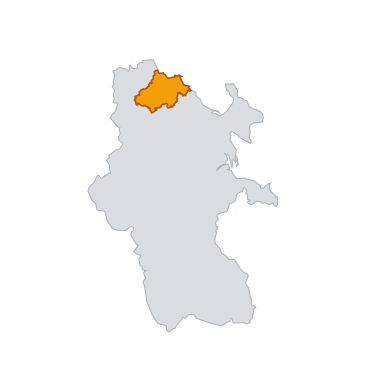 Ukraine, with Donets'k highlighted, rotated 247°
{"feature_id": "UKR-327", "entity_name": "Donets'k", "entity_type": "Region", "adm_level": 1, "iso_a3": "UKR", "parent_name": "Ukraine", "parent_adm1": "", "projection": "mercator", "projection_center": [37.457, 48.054], "detail": "fine", "context": "in_parent", "style": "filled", "palette": "amber", "viewbox_px": 384, "rotation_deg": 247, "n_neighbors": 0, "source": "natural_earth", "source_scale": "10m", "svg_char_len": 8858}
<svg xmlns="http://www.w3.org/2000/svg" viewBox="0 0 384 384"><g transform="rotate(247 192 192)"><path d="M253.9,257.9L257.7,263.7L260.8,266.6L262.4,266.8L266.8,264.7L269.6,265.4L272.1,263.5L278.6,264.9L276.6,268.5L275.7,272.3L267.4,273.7L264.3,271.5L261.0,271.6L259.2,274.3L256.0,276.1L254.9,278.2L249.0,278.1L245.1,280.0L242.1,284.1L238.8,286.7L236.2,287.5L232.2,286.5L228.9,283.8L231.5,275.8L230.6,271.6L228.0,269.5L224.7,269.4L220.4,265.9L215.6,266.4L213.9,264.7L224.0,256.8L226.2,256.5L232.3,252.3L231.2,248.9L228.6,249.8L225.0,247.1L213.4,249.2L206.4,245.1L203.2,244.6L202.3,243.6L205.7,242.7L206.0,241.2L201.3,240.3L198.8,238.3L211.6,240.2L215.0,236.9L211.5,238.1L207.9,237.4L206.6,236.3L205.0,233.0L204.9,228.4L203.3,224.3L202.0,223.0L204.5,229.7L203.8,236.1L198.4,235.8L198.9,233.2L196.4,236.6L192.1,236.7L186.7,238.4L184.5,245.0L177.5,254.1L171.2,257.2L169.0,256.7L168.1,257.4L167.7,260.2L168.8,261.6L169.7,266.0L169.4,267.9L167.2,265.4L164.6,264.3L161.7,264.7L156.5,267.2L154.7,266.8L154.8,268.1L154.4,268.5L149.4,267.2L147.3,265.9L145.6,263.6L147.2,262.5L150.2,262.1L150.1,258.7L153.9,254.5L154.0,252.5L157.3,250.0L158.3,247.0L157.1,242.8L157.5,240.6L161.1,239.0L161.4,242.4L162.2,242.1L163.0,240.4L167.9,241.9L169.4,240.8L171.5,243.0L175.3,242.4L176.1,241.4L172.8,238.7L173.1,234.4L172.1,232.0L167.2,228.8L166.3,225.0L166.7,221.7L164.3,220.3L160.3,216.5L161.5,209.8L161.3,207.3L160.1,205.3L156.9,205.6L154.6,201.6L150.7,200.9L149.6,202.3L149.0,201.0L147.7,201.0L147.8,199.4L146.9,198.8L143.7,198.3L142.9,196.8L139.4,194.5L135.1,193.1L132.8,194.6L131.7,194.1L130.0,195.6L123.9,195.2L120.3,198.3L115.3,199.6L114.9,201.8L113.1,204.6L101.9,206.6L97.3,208.7L95.7,210.5L92.9,211.2L87.9,206.1L86.4,205.7L81.5,206.7L73.4,204.7L69.3,204.7L65.0,202.4L63.6,204.3L60.8,205.7L60.5,203.8L59.1,201.9L56.1,201.3L55.1,199.6L52.4,198.4L50.9,194.8L49.0,194.8L49.1,190.9L51.6,188.1L55.4,178.7L60.2,179.5L60.3,178.5L58.1,176.3L58.5,173.3L57.2,167.3L58.1,165.7L63.4,158.5L74.1,146.6L78.2,145.8L80.1,142.8L80.2,140.6L78.3,136.4L80.4,134.9L80.2,134.2L78.4,132.5L76.5,127.8L73.3,123.1L73.6,121.0L72.4,117.8L72.4,115.5L75.4,114.8L77.9,116.1L80.7,114.1L84.4,108.9L95.6,107.3L109.3,107.7L122.8,111.4L128.6,111.9L131.1,115.8L135.9,115.7L137.3,116.5L137.5,118.9L140.0,115.9L142.4,116.8L145.2,115.5L151.8,117.2L152.6,119.4L153.9,120.0L155.8,117.3L159.8,115.0L163.7,121.3L166.9,120.0L176.6,118.9L179.0,120.9L179.4,122.8L182.7,124.3L184.1,122.0L182.5,115.8L183.3,113.5L186.1,108.2L189.6,104.3L199.1,102.7L207.8,104.2L210.3,102.5L211.6,98.4L212.8,97.5L218.7,98.9L224.1,96.6L233.4,96.5L236.4,99.0L239.4,106.0L244.0,111.1L243.7,112.8L239.6,113.7L239.5,114.6L240.8,116.9L241.3,121.8L242.0,122.4L241.0,124.5L245.4,125.0L249.0,126.6L254.6,125.9L256.1,129.5L258.5,129.9L258.5,132.3L260.5,137.9L259.8,140.8L260.1,142.6L262.9,146.8L264.2,147.4L267.7,145.1L271.3,145.9L274.3,149.0L277.4,149.0L279.3,150.8L281.5,148.8L292.1,145.8L294.6,148.8L294.9,150.7L296.5,153.3L302.0,158.0L303.6,157.5L304.0,155.4L305.3,154.7L308.4,156.9L311.5,157.2L315.8,160.3L319.9,159.6L321.9,162.4L324.5,162.7L329.5,166.5L334.3,166.4L333.9,170.0L335.0,171.5L334.8,174.4L331.3,178.9L328.0,180.3L329.1,182.5L332.8,184.1L333.1,184.8L329.7,185.1L328.3,186.8L327.4,190.3L330.4,191.5L331.3,195.9L330.6,197.3L332.4,198.1L328.8,208.1L314.3,208.3L311.4,212.4L307.1,213.7L305.8,214.9L304.4,220.5L305.7,221.5L304.4,223.9L304.6,225.9L294.0,226.3L290.7,229.9L286.1,230.9L282.1,234.6L280.4,233.5L278.3,233.5L273.9,235.9L269.8,235.7L266.7,236.7L259.9,242.3L256.8,247.2L253.8,248.7L258.0,244.7L258.2,242.6L257.2,241.0L254.6,245.0L251.1,246.7L251.3,251.4L253.9,257.9ZM208.2,247.5L198.9,245.2L198.0,242.5L200.1,244.8L208.2,247.5Z" fill="#d9dde1" stroke="#a8b0b8" stroke-width="1"/><path d="M317.7,207.9L315.2,207.8L314.4,208.1L313.9,208.7L313.5,209.7L313.2,210.7L313.1,211.7L312.9,212.1L312.6,212.1L312.0,211.9L311.8,212.0L311.5,212.2L310.9,212.9L310.6,213.1L310.2,213.3L306.8,213.8L306.3,214.1L305.9,214.8L305.6,215.6L305.4,216.5L305.4,218.1L305.3,218.8L304.9,219.5L304.5,220.2L304.3,220.6L304.2,221.0L304.4,221.2L304.7,221.2L305.3,221.2L305.6,221.2L305.9,221.3L306.0,221.5L306.0,222.0L305.8,222.4L304.8,223.0L304.5,223.5L304.4,224.2L304.4,224.9L304.7,225.6L304.3,225.9L303.5,227.1L302.9,227.4L303.3,226.6L303.3,226.3L302.9,226.1L302.4,225.7L301.6,226.1L301.0,225.9L300.6,225.8L300.4,225.9L299.0,225.6L297.3,226.2L296.6,226.3L294.6,225.9L294.0,226.1L293.0,227.2L291.3,229.5L290.9,230.4L290.7,230.7L290.3,230.9L290.4,230.3L290.0,229.9L289.5,229.6L288.9,229.5L288.6,229.5L287.9,230.1L285.9,230.9L285.5,230.0L285.5,229.8L285.5,229.7L286.2,228.9L286.4,228.9L286.8,229.0L287.1,228.8L287.2,228.7L286.8,228.0L287.0,227.7L287.2,227.4L286.5,226.7L286.3,226.7L286.2,226.9L286.1,227.0L285.5,226.5L285.4,226.2L285.2,225.5L285.1,225.3L284.7,224.7L284.4,224.5L283.6,224.1L283.2,223.7L283.2,223.4L284.1,223.3L284.2,223.2L284.4,223.1L284.3,222.2L284.0,221.4L283.9,221.1L284.0,221.0L284.3,220.9L284.5,221.0L284.8,221.0L285.0,221.2L285.2,221.3L285.5,221.3L285.8,221.3L286.4,221.1L286.5,221.0L286.5,220.8L286.5,220.5L286.6,220.4L286.8,220.0L286.9,219.5L287.0,219.4L287.3,219.3L287.6,219.4L287.7,219.5L287.9,219.9L288.2,219.7L288.3,219.7L288.2,219.2L288.3,218.9L288.5,218.4L288.5,218.1L288.8,217.5L288.8,217.3L288.7,217.2L288.4,217.2L287.7,217.1L287.5,217.4L287.5,217.5L287.4,217.4L286.9,216.8L285.7,215.7L285.3,215.2L285.1,215.1L284.4,214.6L284.2,214.6L283.6,215.1L283.2,214.7L282.6,214.0L282.1,213.7L281.6,213.9L281.4,213.9L281.3,213.7L281.4,213.2L281.0,213.0L280.9,212.8L280.9,212.6L281.0,212.4L281.3,212.3L281.3,212.2L280.8,212.0L280.6,211.8L280.4,211.2L279.9,210.2L279.8,209.6L279.7,209.5L279.1,209.5L278.7,209.4L278.6,209.1L278.6,208.2L278.5,207.6L278.3,207.5L278.0,207.3L277.9,207.1L277.9,206.8L277.9,206.7L278.0,206.6L278.3,206.6L278.7,206.4L279.3,206.4L279.5,206.3L279.5,206.2L279.2,205.5L279.0,205.4L278.8,205.4L278.6,205.2L278.6,204.9L278.5,204.5L278.6,203.1L278.6,202.9L278.7,202.7L278.9,202.5L279.3,202.5L279.8,202.4L280.0,202.4L280.9,202.7L281.1,202.8L281.2,203.1L281.4,203.2L282.0,203.4L282.5,203.7L282.8,203.6L283.4,203.2L283.6,202.9L283.6,202.6L283.6,202.3L283.4,201.5L283.3,200.8L283.3,200.6L283.4,200.3L283.6,200.3L283.8,200.2L284.1,199.9L284.2,199.7L284.0,198.2L283.9,197.9L283.8,197.4L283.7,197.3L283.3,197.2L283.2,197.0L283.1,196.9L282.9,196.9L282.5,197.0L282.4,196.9L282.3,196.7L282.5,195.9L282.3,194.6L282.8,194.3L282.9,194.1L282.7,193.8L282.7,193.1L282.8,192.9L283.0,192.8L283.1,192.7L283.0,192.2L283.5,191.9L283.6,191.7L283.6,191.1L283.5,190.8L283.5,190.6L283.4,190.6L283.2,190.6L282.5,190.7L282.4,190.7L282.3,190.9L282.2,191.5L281.9,191.8L281.4,191.8L281.3,191.6L281.3,191.1L281.6,190.8L281.7,190.5L282.0,190.2L281.9,190.0L281.2,190.1L281.0,189.5L280.7,188.9L280.7,188.7L280.7,188.0L280.7,187.4L280.5,186.3L280.4,185.9L280.5,185.7L280.9,185.6L281.0,185.6L281.5,185.9L282.5,186.0L283.1,185.4L283.3,185.3L283.6,185.3L283.8,185.3L285.3,186.1L285.6,186.3L285.8,186.2L285.8,185.9L285.4,185.7L285.3,185.3L285.5,185.1L285.7,184.9L286.1,185.1L286.3,185.0L286.4,184.6L286.5,184.4L287.0,184.3L287.3,184.7L287.5,184.8L288.1,184.6L288.2,184.1L288.2,183.8L288.3,183.7L288.6,183.5L288.8,183.0L289.6,182.5L290.0,182.5L290.2,182.4L290.3,182.3L290.3,182.1L290.1,181.7L290.2,181.4L290.0,181.1L290.3,180.4L290.8,180.2L291.0,179.6L291.2,179.3L291.3,179.2L294.9,177.0L295.0,176.8L295.1,176.7L294.8,176.3L294.7,176.2L294.3,176.2L293.7,176.1L293.4,176.0L293.8,175.1L294.0,175.0L295.6,174.9L297.6,175.5L298.3,175.5L298.6,175.4L298.8,174.8L299.0,174.9L299.3,175.1L299.6,175.4L300.0,175.5L300.2,175.8L299.6,175.9L299.5,176.0L299.4,176.4L299.4,176.5L299.6,176.7L300.3,177.0L300.8,177.3L301.0,177.2L301.5,176.8L302.3,176.8L302.3,177.0L302.2,177.6L302.2,178.3L302.1,178.5L301.9,178.8L301.9,179.0L302.0,179.3L302.5,180.4L302.5,180.5L302.4,180.7L301.9,180.8L301.9,181.1L301.5,181.1L301.4,181.3L301.4,181.5L301.7,181.7L301.9,181.9L302.1,182.0L303.9,182.1L304.6,182.3L304.9,183.4L304.9,184.0L305.1,184.2L305.6,184.3L305.7,184.5L305.7,184.9L305.9,185.3L305.9,185.7L305.8,186.0L305.5,186.5L305.5,186.9L305.5,187.1L306.0,187.0L306.1,187.3L306.0,187.5L305.7,187.8L305.3,188.2L305.2,188.5L305.2,189.2L305.3,189.6L305.3,190.0L305.5,190.8L305.4,191.3L305.4,191.5L305.5,191.7L305.6,191.8L306.1,191.9L306.2,192.0L306.2,192.3L306.1,192.9L306.0,193.3L306.0,193.5L306.4,193.9L306.8,194.0L307.1,194.2L307.3,194.1L307.5,193.9L307.7,194.0L307.9,194.4L308.0,194.8L308.2,195.0L308.5,195.3L308.6,195.5L308.9,195.9L308.9,196.1L308.8,196.3L308.7,196.5L307.9,196.6L307.7,196.7L307.7,196.9L308.0,197.7L308.1,197.8L308.6,198.0L310.1,197.8L310.4,198.1L310.6,198.8L310.9,199.5L310.8,200.1L310.9,200.3L311.2,200.5L313.2,201.3L314.2,201.8L314.3,202.0L314.2,202.5L314.0,202.8L313.9,203.1L314.2,203.4L314.6,203.8L314.9,204.0L316.1,204.0L317.6,204.3L317.7,204.7L317.6,205.7L317.8,205.9L318.0,206.1L318.0,206.4L317.7,207.9Z" fill="#f59e0b" stroke="#b45309" stroke-width="1.5"/></g></svg>